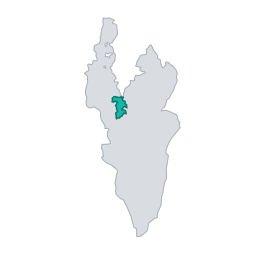 Uzgen, Osh, Kyrgyzstan (highlighted), rotated 99°
{"feature_id": "92254566B62299131303841", "entity_name": "Uzgen", "entity_type": "district", "adm_level": 2, "iso_a3": "KGZ", "parent_name": "Kyrgyzstan", "parent_adm1": "Osh", "projection": "orthographic", "projection_center": [73.5, 40.749], "detail": "fine", "context": "in_parent", "style": "filled", "palette": "teal", "viewbox_px": 256, "rotation_deg": 99, "n_neighbors": 0, "source": "geoboundaries", "source_scale": "gbopen_adm2", "svg_char_len": 4477}
<svg xmlns="http://www.w3.org/2000/svg" viewBox="0 0 256 256"><g transform="rotate(99 128 128)"><path d="M56.4,152.6L57.1,152.2L59.1,151.8L63.2,151.5L64.6,151.9L67.4,153.6L69.5,153.5L69.9,153.7L70.7,155.2L73.7,153.1L75.9,152.5L77.0,150.5L79.4,148.0L81.4,147.6L81.4,148.0L81.8,148.4L83.8,149.0L84.4,148.4L84.7,147.4L84.1,146.0L84.0,145.4L84.7,144.5L87.9,145.9L88.6,145.9L90.1,145.1L91.4,143.8L91.9,142.7L98.5,139.3L99.0,138.7L98.9,138.2L96.2,137.4L94.9,137.8L93.8,137.8L93.1,137.3L89.8,137.1L89.0,136.7L86.8,134.2L84.1,132.6L82.8,132.7L81.2,133.3L80.7,133.0L80.6,130.6L80.3,129.2L79.4,128.9L78.2,129.4L74.8,128.6L74.5,125.6L73.3,123.0L71.5,121.9L71.5,120.3L70.9,119.6L70.4,119.8L69.7,120.6L70.0,122.3L69.7,124.0L69.3,124.9L68.5,125.5L67.6,125.5L66.1,124.6L65.7,129.9L65.4,130.2L63.6,129.4L62.2,129.7L60.0,129.3L58.4,128.4L55.3,127.3L53.8,126.3L53.0,122.8L52.1,121.5L51.3,121.2L47.9,122.3L44.6,120.0L42.9,119.5L42.4,118.8L42.5,118.0L47.9,114.3L50.1,111.6L51.4,110.5L54.7,109.4L55.5,107.0L55.8,106.7L59.2,105.6L63.0,103.5L63.1,102.9L62.7,102.4L59.4,100.3L57.7,101.2L56.7,100.0L56.7,98.8L57.9,96.8L58.9,95.8L59.3,93.9L60.7,92.6L62.2,90.6L63.9,89.0L67.0,87.8L68.7,88.2L70.4,88.0L72.9,87.0L74.5,86.9L80.9,88.6L83.0,88.7L88.0,90.8L92.0,91.9L93.9,93.9L100.2,94.8L101.9,95.4L102.6,96.3L104.4,97.5L105.9,97.8L104.6,93.1L105.1,90.3L107.1,82.6L108.1,81.5L113.2,79.3L114.4,77.7L118.1,77.7L118.8,77.4L119.3,76.5L130.7,83.1L135.0,84.9L141.0,86.5L146.1,86.9L147.0,86.5L148.9,83.8L149.9,83.7L162.4,83.8L171.3,82.1L172.6,82.1L176.0,83.4L186.6,83.4L190.8,84.1L197.4,83.4L200.1,83.5L205.2,85.0L207.0,85.3L210.3,85.4L211.5,85.0L212.3,85.4L213.1,87.7L216.4,90.6L217.7,92.1L218.9,92.7L224.8,92.8L227.1,93.3L232.9,98.5L233.9,101.8L233.4,102.6L227.6,103.4L226.3,104.0L225.1,106.6L217.5,110.1L216.4,110.2L206.3,116.5L199.3,121.7L199.1,124.1L195.1,129.6L191.9,130.4L189.2,130.4L184.8,132.2L179.0,131.9L177.1,132.1L173.3,131.5L171.8,131.9L170.2,133.1L168.1,137.4L167.2,138.4L166.9,139.3L166.6,141.4L165.8,143.6L164.0,146.9L162.5,148.5L161.0,149.5L159.7,147.6L157.8,149.0L156.0,148.8L154.8,149.2L152.3,151.0L148.5,151.1L148.1,150.5L147.2,145.7L146.5,143.5L145.9,143.0L145.3,142.9L139.9,146.8L137.4,147.5L135.3,147.7L132.6,146.6L132.0,146.9L131.6,147.5L131.4,148.3L132.2,150.4L132.0,150.8L130.8,150.8L129.1,151.3L123.9,155.8L120.6,157.0L117.5,157.5L115.7,158.3L114.6,159.9L112.6,164.5L112.7,165.5L113.6,166.7L114.2,169.5L114.1,170.2L112.4,172.5L110.3,173.2L108.6,173.5L105.5,173.2L103.8,173.7L100.8,175.4L98.3,175.7L93.6,175.7L89.0,175.0L87.5,175.3L83.4,176.2L82.0,177.8L81.3,179.3L80.9,179.5L79.2,178.1L77.2,175.8L76.2,175.8L72.5,177.6L71.9,177.6L70.9,176.8L71.1,173.8L69.9,173.2L67.4,173.0L66.6,172.3L66.9,170.4L66.7,169.7L66.0,169.1L64.7,169.2L62.1,170.8L59.0,171.2L58.0,171.7L56.7,173.8L52.7,174.1L51.4,173.6L49.0,169.6L46.9,169.0L44.8,169.0L41.8,169.9L41.2,169.1L40.4,168.8L39.7,169.5L36.2,169.4L32.6,169.2L30.5,168.6L29.2,168.6L26.4,169.6L23.2,169.6L23.0,166.0L22.1,163.5L23.3,159.5L23.9,158.3L26.3,159.9L27.1,159.7L27.4,158.9L27.1,157.1L28.4,155.2L37.0,152.9L46.4,157.1L47.5,159.7L48.3,159.6L49.7,158.5L50.2,156.4L52.0,155.2L56.1,153.9L56.4,152.6ZM61.0,161.6L61.2,161.2L60.6,159.3L61.6,157.6L59.6,157.3L58.7,156.7L57.6,154.9L57.3,154.8L56.7,155.3L56.3,156.5L56.6,157.7L57.9,158.9L57.2,161.4L60.0,161.8L61.0,161.6ZM51.1,163.0L51.0,162.5L50.4,162.2L46.8,161.4L46.9,161.9L48.3,163.8L49.3,163.9L51.1,163.0ZM72.3,160.4L72.5,159.2L70.4,159.9L70.1,160.4L70.8,161.2L71.8,161.5L72.3,160.4Z" fill="#d9dde1" stroke="#a8b0b8" stroke-width="1"/><path d="M104.5,147.8L104.7,146.8L104.7,146.2L103.8,145.4L103.5,144.8L103.8,144.2L103.6,143.2L104.2,142.5L105.3,143.0L106.7,143.0L107.1,143.6L107.7,143.8L108.8,142.9L110.0,142.3L111.2,142.2L112.2,141.5L113.0,141.0L114.4,141.7L114.7,142.3L116.3,142.2L118.3,141.4L119.5,141.4L120.6,140.8L119.6,139.8L119.5,138.0L118.4,137.5L117.0,135.7L115.9,135.5L114.8,134.6L114.0,134.5L114.1,132.2L112.7,132.5L111.3,133.3L110.9,134.2L110.7,135.2L111.2,136.1L111.1,137.0L109.9,136.9L107.7,135.4L107.1,134.6L107.4,133.9L108.0,133.1L108.1,132.3L107.4,132.4L106.4,133.0L105.3,133.0L104.2,135.0L103.3,134.9L102.6,134.8L102.0,135.4L101.6,137.7L99.8,138.1L98.9,137.5L98.8,137.4L98.1,137.7L98.1,137.8L98.4,138.1L98.6,138.0L98.7,137.9L98.8,137.9L99.0,138.1L99.0,138.8L99.1,139.3L98.1,139.6L99.1,140.6L99.3,142.4L99.0,145.5L99.2,146.3L99.4,146.8L100.0,147.4L100.4,147.7L101.3,148.2L102.8,147.7L103.6,147.7L104.3,147.8L104.5,147.8Z" fill="#14b8a6" stroke="#0f766e" stroke-width="1.5"/></g></svg>